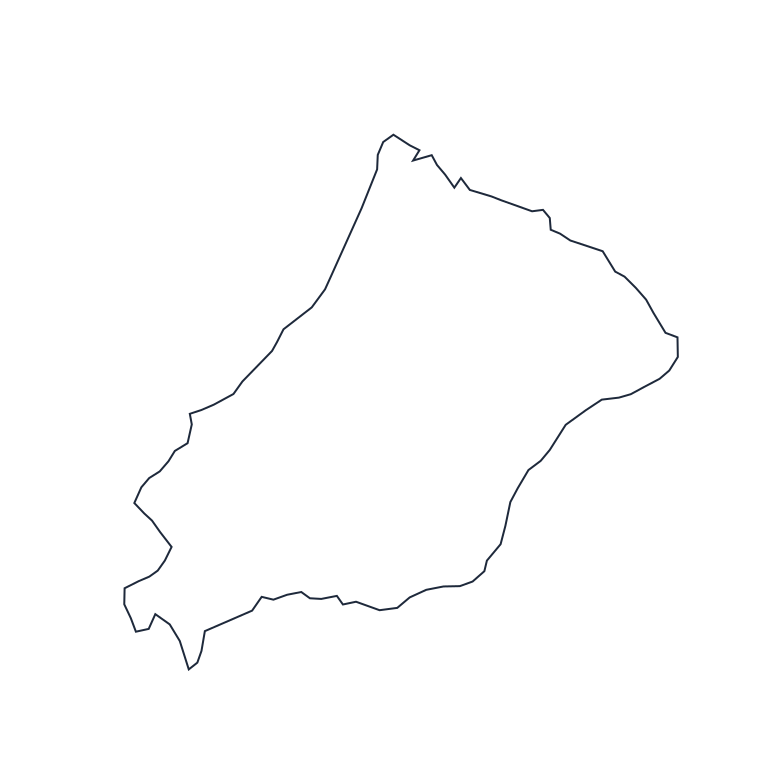 the district of Orobó, Pernambuco, Brazil, rotated 169°
{"feature_id": "56859067B28170275518336", "entity_name": "Orobó", "entity_type": "district", "adm_level": 2, "iso_a3": "BRA", "parent_name": "Brazil", "parent_adm1": "Pernambuco", "projection": "albers", "projection_center": [-35.592, -7.713], "detail": "fine", "context": "isolated", "style": "outline", "palette": "slate", "viewbox_px": 768, "rotation_deg": 169, "n_neighbors": 0, "source": "geoboundaries", "source_scale": "gbopen_adm2", "svg_char_len": 1423}
<svg xmlns="http://www.w3.org/2000/svg" viewBox="0 0 768 768"><g transform="rotate(169 384 384)"><path d="M300.1,204.5L291.9,221.6L282.5,244.0L272.6,256.2L258.6,272.0L244.8,278.7L233.9,287.6L213.4,309.3L190.8,319.8L173.2,327.1L156.0,325.8L143.7,326.9L129.1,331.5L112.5,336.5L101.4,342.8L90.4,354.5L87.0,373.8L97.9,380.5L105.9,402.3L110.6,416.8L118.4,430.2L127.4,443.5L135.6,450.2L144.0,472.6L173.7,489.3L182.5,498.0L190.9,503.6L189.6,515.3L194.7,524.6L205.7,525.3L233.9,542.0L242.7,547.6L262.7,558.1L269.2,571.5L277.5,563.3L284.0,577.8L290.2,588.9L293.5,599.5L312.8,597.8L304.6,606.7L313.2,613.4L327.2,626.9L338.6,621.7L346.4,610.1L349.8,596.0L372.4,560.9L415.6,499.7L423.8,488.2L440.3,473.0L472.2,456.9L481.0,445.6L487.6,437.8L522.5,413.5L533.7,402.9L555.0,396.2L568.3,393.3L580.3,391.8L580.4,381.0L588.1,363.4L602.1,358.2L610.3,349.3L620.8,341.0L632.4,336.5L641.9,328.9L651.8,314.8L644.0,302.6L637.8,294.2L632.0,281.3L623.6,264.6L632.8,252.5L641.7,244.0L651.1,239.7L662.3,237.3L677.6,233.0L681.0,217.3L677.2,202.4L674.8,188.2L661.7,188.5L652.4,201.7L640.2,188.9L633.5,170.7L630.1,141.1L620.4,146.1L614.1,156.8L607.0,175.6L556.7,186.7L544.7,198.4L533.7,193.4L519.3,195.6L504.9,195.6L497.6,187.8L486.6,185.0L470.7,185.0L466.4,175.4L453.0,175.6L431.5,162.8L413.7,161.7L399.5,169.6L381.8,173.9L364.2,173.9L348.1,171.1L334.7,173.2L321.2,181.1L316.7,191.0L300.1,204.5Z" fill="none" stroke="#1e293b" stroke-width="2"/></g></svg>